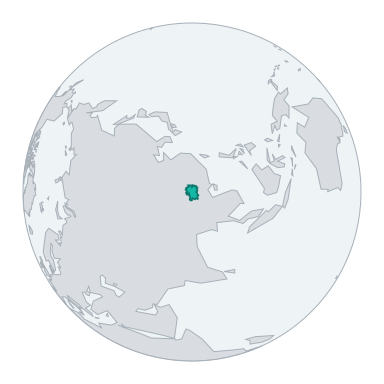 Guizhou highlighted on a globe, orthographic projection, rotated 277°
{"feature_id": "CHN-1153", "entity_name": "Guizhou", "entity_type": "Province", "adm_level": 1, "iso_a3": "CHN", "parent_name": "China", "parent_adm1": "", "projection": "orthographic", "projection_center": [106.929, 26.939], "detail": "fine", "context": "on_globe", "style": "filled", "palette": "teal", "viewbox_px": 384, "rotation_deg": 277, "n_neighbors": 0, "source": "natural_earth", "source_scale": "10m", "svg_char_len": 14771}
<svg xmlns="http://www.w3.org/2000/svg" viewBox="0 0 384 384"><g transform="rotate(277 192 192)"><circle cx="192" cy="192" r="169" fill="#eef3f6" stroke="#a8b0b8"/><path d="M347.3,255.1L347.0,256.1L346.9,256.3L347.3,255.1ZM277.4,46.2L277.5,46.3L278.7,47.1L270.0,44.5L271.0,50.2L276.9,55.0L271.3,52.0L286.2,63.7L290.3,70.9L282.2,61.0L278.7,58.8L279.8,62.6L276.5,61.2L275.1,62.4L271.0,60.6L266.6,55.5L263.9,54.4L264.8,57.2L261.3,57.5L260.4,53.5L254.2,53.8L245.7,46.5L246.4,39.1L238.3,35.4L230.0,29.1L227.4,28.9L222.5,27.1L217.7,26.4L217.5,25.9L213.8,25.8L214.9,26.5L213.6,26.8L210.8,26.5L210.1,25.7L211.4,25.7L209.8,25.3L210.6,25.1L208.6,25.1L208.1,24.4L204.5,24.9L200.7,24.1L201.5,23.8L206.8,24.1L220.1,25.4L232.1,27.9L243.9,31.2L255.4,35.4L266.6,40.4L277.4,46.2ZM350.5,133.9L349.2,130.8L349.6,131.3L350.5,133.9ZM348.7,130.0L349.1,130.8L348.8,130.3L348.7,130.0ZM348.7,130.2L348.8,130.6L348.7,130.2ZM348.8,131.1L348.7,130.5L348.8,130.7L348.8,131.1ZM348.5,131.4L348.3,131.4L348.1,130.5L348.5,131.4ZM280.2,47.9L279.8,47.8L277.8,46.5L280.2,47.9ZM278.5,47.9L276.6,46.6L280.0,48.2L280.0,48.4L278.5,47.9ZM281.9,59.0L280.9,57.1L283.0,59.5L281.9,59.0ZM275.6,62.9L277.0,64.0L275.7,64.2L275.6,62.9ZM206.3,23.6L205.6,23.6L203.8,23.5L204.1,23.5L206.3,23.6ZM268.3,61.7L265.8,62.0L267.6,60.8L268.3,61.7ZM201.2,23.3L208.5,23.9L210.4,24.1L207.4,24.0L201.2,23.3ZM263.8,61.5L257.9,62.6L260.4,64.9L250.0,59.4L258.5,60.0L260.3,58.1L261.3,60.2L263.8,61.5ZM216.4,26.8L215.1,26.1L218.7,27.0L216.4,26.8ZM219.0,27.3L231.9,30.4L232.4,31.7L228.0,30.2L230.7,32.4L224.5,31.4L221.7,30.0L222.6,29.3L219.6,29.6L219.0,27.3ZM245.3,56.4L243.2,56.1L244.5,55.5L245.3,56.4ZM213.3,27.0L215.9,27.3L216.5,28.4L211.5,27.9L212.9,27.7L213.3,27.0ZM234.4,33.6L233.9,34.5L228.8,33.9L228.0,34.2L224.4,31.5L234.4,33.6ZM211.3,27.3L208.9,27.6L206.1,27.0L210.9,26.7L211.3,27.3ZM218.8,29.0L218.8,29.5L217.1,29.0L218.8,29.0ZM194.8,25.5L197.8,25.6L198.4,26.1L194.8,25.5ZM208.1,27.8L209.1,28.0L209.7,28.3L207.5,28.5L208.1,27.8ZM221.1,31.4L219.1,31.1L222.3,32.5L218.6,32.3L216.9,30.7L216.1,31.3L215.0,31.3L214.8,30.0L221.1,31.4ZM207.1,29.6L203.7,27.8L197.8,27.3L197.2,26.8L206.6,27.7L207.1,29.6ZM211.6,29.9L208.7,29.5L209.3,28.9L211.8,28.8L211.6,29.9ZM216.7,32.9L222.8,33.5L223.0,33.9L216.7,32.9ZM205.2,29.5L206.1,29.9L204.8,29.5L205.2,29.5ZM213.0,31.9L215.2,32.0L215.3,32.4L213.0,31.9ZM206.1,30.9L205.0,30.2L206.6,30.1L206.1,30.9ZM209.2,31.4L208.8,32.0L207.8,30.4L210.1,31.4L209.2,31.4ZM212.8,32.3L213.6,32.6L211.9,32.2L212.8,32.3ZM200.5,32.1L198.9,30.2L202.5,29.7L203.6,31.6L200.5,32.1ZM63.9,81.9L61.5,84.8L58.8,92.8L57.6,95.3L52.5,100.9L46.2,118.6L50.5,115.5L50.1,128.4L53.3,133.5L64.0,122.3L58.8,113.5L63.3,105.8L71.7,107.4L77.0,116.0L78.9,113.3L80.0,103.2L85.8,101.0L80.9,99.5L79.5,103.2L76.5,102.6L77.5,99.3L79.6,98.5L79.2,95.2L69.8,100.6L67.3,105.0L63.7,100.5L59.3,107.5L56.7,108.6L63.2,97.2L66.0,94.4L74.3,80.6L71.0,83.0L62.9,96.4L63.4,94.2L58.8,98.4L62.7,93.5L72.4,79.0L72.2,75.8L63.9,82.0L65.2,80.4L77.4,67.8L81.3,64.4L76.7,70.0L80.5,67.1L88.2,60.3L86.2,62.9L88.7,61.0L87.7,63.2L92.8,61.8L92.7,63.9L101.2,59.5L102.3,60.1L97.0,62.4L93.3,65.4L93.8,71.6L95.8,71.6L101.3,68.4L100.8,70.9L106.0,67.0L109.5,69.6L109.6,63.5L116.0,60.3L121.7,60.1L123.8,58.2L114.6,58.7L111.0,59.9L107.8,62.7L97.8,66.2L96.2,65.0L106.7,57.8L105.6,55.7L114.3,51.6L133.8,51.7L138.6,54.2L132.9,64.9L128.0,65.8L127.7,62.2L122.1,68.4L125.4,66.5L124.9,68.7L131.0,66.9L130.9,68.4L136.8,64.3L137.4,66.0L133.7,68.6L143.2,68.0L146.3,71.4L148.4,70.6L149.9,68.8L152.8,74.6L154.3,73.8L153.9,71.5L156.5,68.6L162.3,65.8L163.1,67.9L161.0,69.2L157.9,75.5L152.5,79.0L153.3,79.7L158.2,77.2L162.1,69.4L165.4,67.2L164.2,70.7L164.9,69.3L166.8,68.9L169.3,70.6L170.8,66.8L190.4,61.1L197.2,64.5L194.0,67.9L208.4,67.9L214.9,72.7L214.5,70.4L221.2,69.6L219.2,68.0L219.5,66.9L235.7,65.1L240.0,66.8L246.5,64.4L246.3,63.4L243.5,62.0L250.0,59.4L260.4,64.9L260.3,66.9L266.8,69.4L265.7,73.8L267.8,78.9L262.8,82.9L264.9,87.0L267.3,87.6L271.9,94.0L273.3,106.0L261.9,93.5L257.7,77.3L258.5,83.4L255.3,81.4L253.7,83.3L254.5,88.0L256.5,88.9L242.2,95.0L238.1,108.0L245.8,107.4L250.5,111.6L252.6,128.3L237.7,150.8L243.9,158.4L244.2,163.4L238.7,166.4L238.1,159.1L232.6,156.4L233.1,152.1L224.1,155.2L224.4,149.2L217.2,155.0L219.8,159.9L227.7,159.0L221.3,167.1L229.2,175.8L229.9,186.0L216.3,203.4L202.6,208.2L201.7,211.3L196.4,207.4L189.1,213.1L198.9,231.4L198.6,236.4L186.8,245.1L186.6,241.4L172.5,231.0L169.6,242.7L180.4,253.5L184.0,265.0L175.7,260.8L172.0,250.6L167.0,246.6L168.5,236.4L164.6,220.3L156.2,222.1L157.0,215.9L150.3,201.7L138.4,203.8L119.2,216.6L116.4,232.0L109.9,237.2L102.6,211.9L103.3,196.0L98.2,195.8L92.8,179.9L76.2,171.3L76.1,166.7L72.5,166.8L69.0,160.0L69.7,152.6L66.6,150.9L65.4,170.7L69.0,172.6L75.1,168.6L73.8,174.9L77.5,183.0L65.4,192.7L44.5,192.4L46.3,180.3L50.0,141.7L52.0,138.8L52.1,138.4L52.4,137.6L48.9,141.9L50.8,134.8L44.7,159.8L42.1,169.4L44.2,192.9L43.0,194.0L44.9,199.7L55.3,202.7L54.5,206.4L47.3,220.0L36.2,233.2L39.8,250.2L42.8,262.7L40.7,265.1L45.8,275.8L45.4,276.0L48.0,280.5L42.2,270.2L37.1,259.5L32.8,248.5L29.2,237.2L26.4,225.7L24.5,214.0L23.4,202.2L23.0,190.4L23.6,178.6L24.9,166.8L27.1,155.2L30.1,143.7L33.9,132.5L38.4,121.6L43.7,111.0L49.7,100.8L56.5,91.1L63.9,81.9ZM78.8,132.5L84.5,137.6L88.6,127.4L91.2,128.7L91.6,125.0L88.9,126.7L91.0,117.0L95.9,116.8L98.7,113.0L96.9,111.1L87.6,113.3L84.4,126.9L80.3,129.1L78.8,132.5ZM104.1,50.3L101.5,52.2L98.7,53.6L98.9,52.2L103.0,50.1L104.1,50.3ZM98.6,54.9L109.0,48.8L109.3,49.8L107.4,50.2L106.5,51.5L103.2,52.5L93.3,59.9L90.2,61.7L92.1,57.4L93.2,57.6L95.7,55.5L98.6,54.9ZM135.0,35.5L139.5,34.0L134.4,38.0L130.8,39.0L130.7,37.3L134.9,35.2L135.0,35.5ZM194.4,23.6L196.5,23.5L195.1,23.8L194.4,23.6ZM186.8,23.1L194.2,23.1L198.9,23.2L193.1,23.2L191.5,23.5L192.3,23.7L197.9,24.5L207.2,25.4L207.2,26.2L204.7,26.6L202.4,26.5L203.2,25.9L199.6,26.3L199.0,25.3L196.2,25.5L185.6,24.2L187.4,23.9L179.1,24.0L180.6,23.5L186.0,23.4L180.9,23.4L186.4,23.1L184.7,23.2L186.8,23.1ZM175.1,36.6L176.9,34.9L169.7,37.5L169.0,35.7L168.2,36.1L165.6,35.4L161.0,35.3L161.5,34.4L159.5,34.8L157.7,34.4L155.1,34.7L155.1,33.4L152.0,33.8L153.7,33.0L148.3,34.0L152.3,32.8L150.4,32.5L147.5,33.9L153.5,28.4L152.9,27.8L150.3,28.3L157.5,26.6L164.6,25.4L170.6,25.1L170.1,26.2L173.4,25.5L174.2,25.9L171.2,26.3L176.2,26.0L176.1,26.5L181.4,27.6L188.8,27.4L190.9,28.0L187.9,28.4L192.1,28.8L188.0,30.0L189.4,30.5L186.8,32.5L180.3,33.2L182.4,33.8L180.5,35.6L175.1,36.6ZM199.6,32.6L191.9,33.4L187.8,33.0L194.1,29.8L193.4,29.2L197.3,27.6L203.2,28.4L201.5,28.7L201.3,29.2L199.5,28.8L200.8,29.6L198.5,30.1L198.9,31.0L196.3,30.9L199.6,32.6ZM59.5,94.4L59.1,95.8L59.3,97.3L56.5,100.2L59.5,94.4ZM65.9,84.5L66.0,85.0L62.1,89.3L62.5,88.1L65.9,84.5ZM69.5,81.9L66.4,84.7L68.3,82.5L69.5,81.9ZM97.5,62.9L98.1,63.6L96.8,64.5L95.0,65.2L97.5,62.9ZM153.4,45.4L155.1,44.1L156.1,44.2L161.8,42.3L162.8,43.7L159.7,45.3L153.4,45.4ZM61.2,123.0L58.3,124.0L58.7,121.9L59.6,122.0L61.2,123.0ZM55.8,111.4L55.4,115.7L55.0,112.2L55.8,111.4ZM155.4,46.6L157.7,45.6L156.8,46.9L155.4,46.6ZM163.8,44.6L163.3,46.0L163.6,43.6L163.8,44.6ZM123.3,344.9L126.8,346.6L124.5,345.9L123.3,344.9ZM56.1,272.4L59.5,290.4L55.7,287.2L51.6,280.0L48.1,268.0L51.5,267.9L52.3,263.4L56.1,272.4ZM226.8,290.8L231.8,291.3L231.6,291.9L226.8,290.8ZM221.5,288.7L227.3,288.8L220.4,290.1L221.5,288.7ZM229.5,288.8L235.5,287.3L238.0,286.1L237.6,287.5L229.5,288.8ZM217.5,288.8L195.9,288.2L187.4,285.9L189.4,283.6L203.2,284.8L217.5,288.8ZM188.7,283.5L175.7,275.5L158.1,252.2L164.4,253.4L182.9,268.2L181.7,270.3L189.6,276.5L188.7,283.5ZM220.3,271.4L219.0,277.9L207.1,277.2L201.7,276.0L198.0,267.4L200.1,263.1L204.5,263.4L221.7,248.6L227.7,252.3L222.4,258.7L227.3,264.5L220.3,271.4ZM117.0,233.6L120.3,243.8L116.8,244.4L117.0,233.6ZM228.7,237.8L221.7,244.6L228.1,235.5L228.7,237.8ZM232.5,229.2L232.9,232.6L230.1,229.3L232.5,229.2ZM201.5,216.1L196.8,216.7L196.7,214.2L202.7,212.0L201.5,216.1ZM230.4,194.6L230.3,202.1L229.4,204.6L227.3,200.1L230.4,194.6ZM166.8,59.9L157.8,60.7L151.9,62.9L149.6,66.3L149.0,62.1L158.1,58.8L166.8,59.9ZM187.4,60.6L189.4,58.1L191.1,59.3L190.9,60.0L187.4,60.6ZM186.7,59.0L184.3,55.9L187.1,54.6L188.5,57.3L186.7,59.0ZM169.5,50.4L166.8,50.4L167.6,49.3L169.5,50.4ZM269.3,338.8L270.5,336.1L276.4,334.0L272.8,337.2L269.3,338.8ZM316.7,306.0L319.4,302.8L317.7,304.9L316.7,306.0ZM251.5,330.1L218.6,340.0L211.7,339.3L214.1,336.3L208.9,326.6L211.3,326.8L210.5,319.8L230.3,312.7L244.7,299.3L255.0,299.1L263.2,288.9L273.6,288.1L270.1,295.9L280.3,298.8L288.6,281.1L293.6,296.8L300.1,300.5L300.4,309.3L283.6,327.9L275.3,332.8L274.3,332.1L270.6,334.2L265.9,334.9L264.4,331.1L260.8,333.1L264.8,329.0L259.3,333.0L257.4,330.5L251.5,330.1ZM325.2,282.8L326.4,282.6L327.8,284.1L325.9,284.8L325.2,282.8ZM344.2,261.1L344.4,261.9L343.3,263.3L344.2,261.1ZM346.9,256.3L345.7,258.2L347.3,255.1L346.9,256.3ZM333.1,269.7L333.6,270.4L333.0,271.1L333.1,269.7ZM332.7,269.7L333.6,267.6L333.3,269.3L332.7,269.7ZM327.6,263.6L328.4,262.4L328.7,262.9L327.6,263.6ZM239.3,291.0L246.5,285.7L250.3,285.0L239.3,291.0ZM326.5,262.2L324.5,262.9L324.8,261.9L326.5,262.2ZM326.8,259.9L326.7,258.7L327.7,261.3L326.8,259.9ZM323.0,258.5L325.4,259.9L322.7,258.9L323.0,258.5ZM321.5,259.4L319.7,259.0L319.8,258.6L321.5,259.4ZM300.0,267.8L306.9,274.0L301.1,275.4L294.7,271.9L289.3,277.8L277.3,279.2L280.2,275.8L278.6,271.5L266.0,271.4L263.5,268.7L268.0,266.1L259.6,264.6L268.8,262.2L272.6,268.0L277.7,262.4L286.6,262.2L295.0,262.6L301.6,265.7L300.0,267.8ZM268.7,275.8L270.3,275.6L268.9,277.6L268.7,275.8ZM316.2,256.9L318.9,259.0L318.5,259.8L317.2,259.8L316.2,256.9ZM303.2,264.2L310.3,257.3L312.0,256.9L307.2,263.9L303.2,264.2ZM308.7,254.5L311.9,254.3L313.6,256.6L312.9,257.6L308.7,254.5ZM249.9,272.0L249.5,273.8L247.1,272.6L249.9,272.0ZM253.0,270.7L260.3,272.0L252.4,272.3L253.0,270.7ZM230.7,265.9L232.9,270.0L239.7,267.0L234.5,271.0L239.1,277.5L237.5,280.1L233.0,273.1L231.3,280.6L228.2,280.5L226.6,274.2L229.7,266.2L232.7,262.8L245.1,260.9L230.7,265.9ZM253.0,265.7L251.1,261.0L252.5,257.7L254.6,260.1L253.0,265.7ZM245.3,249.6L240.0,244.1L235.4,246.5L244.8,238.0L248.3,244.7L245.3,249.6ZM240.8,237.1L236.4,239.3L240.9,234.4L240.8,237.1ZM235.2,237.4L234.7,233.3L238.2,233.8L235.2,237.4ZM243.0,237.2L243.8,230.2L245.6,234.2L243.0,237.2ZM233.0,224.2L240.6,230.7L230.9,228.1L230.2,214.7L234.3,214.3L233.0,224.2ZM254.5,168.5L253.4,164.6L257.0,163.5L256.8,166.4L254.5,168.5ZM267.9,157.6L257.6,162.0L249.2,166.0L251.9,167.7L250.3,174.4L246.0,168.4L251.7,160.9L258.1,159.1L258.8,153.5L263.3,149.5L261.8,142.8L263.7,139.8L267.0,145.5L267.9,157.6ZM260.9,140.1L259.9,128.4L267.0,129.5L268.8,132.3L266.3,137.1L262.7,136.2L260.9,140.1ZM261.8,126.0L258.3,125.1L249.6,108.8L249.5,105.8L259.9,118.1L257.1,118.0L258.0,122.0L261.8,126.0ZM244.0,57.2L243.2,56.2L245.1,57.0L244.0,57.2ZM218.3,66.1L219.0,64.7L221.1,65.5L218.3,66.1ZM222.2,61.6L219.3,61.6L222.1,60.7L222.2,61.6ZM212.9,61.9L218.0,61.1L213.5,63.2L212.9,61.9Z" fill="#d9dde1" stroke="#a8b0b8" stroke-width="1"/><path d="M193.5,185.2L193.6,185.3L193.8,185.4L193.9,185.5L194.2,185.5L194.2,185.8L194.3,185.9L194.4,186.0L194.5,185.9L194.9,185.7L195.2,185.7L195.5,185.7L195.5,185.8L195.6,186.1L195.6,186.3L195.7,186.5L195.6,186.8L195.8,186.9L196.0,187.0L196.2,186.9L196.3,187.1L196.3,187.6L196.4,187.9L196.5,187.9L196.5,187.7L196.4,187.5L196.5,187.5L196.6,187.4L196.8,187.6L196.7,188.1L196.8,188.2L197.0,188.2L197.4,188.2L197.6,188.3L197.6,188.2L197.7,187.9L197.8,187.5L197.9,187.4L198.0,187.3L198.0,187.5L198.1,187.9L198.3,188.0L198.2,188.6L198.3,188.6L198.2,188.8L198.3,189.0L198.2,189.1L198.3,189.3L198.3,189.5L198.5,189.6L198.6,189.8L198.6,190.0L198.2,190.3L198.1,190.5L197.9,190.5L197.7,190.7L197.5,191.0L197.3,191.0L197.2,191.2L197.1,191.4L197.1,191.5L196.9,191.5L197.0,191.6L197.2,191.8L197.3,191.7L197.7,191.4L197.8,191.4L197.7,191.5L197.8,191.5L198.0,191.3L198.3,191.3L198.6,191.4L198.6,191.5L198.8,191.6L198.8,191.9L198.7,191.9L198.6,192.1L198.8,192.1L198.5,192.5L198.2,192.6L198.3,192.7L198.4,192.8L198.5,192.9L198.5,193.1L198.3,193.4L198.2,193.7L198.3,193.8L198.6,193.9L198.5,194.0L198.6,194.4L198.7,194.6L198.5,194.8L198.5,195.0L198.4,195.1L198.3,195.5L198.2,195.5L198.1,195.4L197.9,195.3L197.9,195.5L197.8,195.4L197.7,195.3L197.3,195.4L197.1,195.6L197.2,195.8L197.4,195.6L197.6,195.5L197.6,195.9L197.6,196.1L197.3,196.1L196.9,196.1L196.9,195.9L196.7,195.9L196.6,196.0L196.4,196.3L196.4,196.5L196.5,196.6L196.5,196.8L196.4,196.7L196.2,196.4L196.0,196.2L195.8,196.2L195.6,196.1L195.4,196.3L195.2,196.5L195.2,196.9L195.1,197.0L194.7,197.1L194.5,197.3L194.3,197.3L194.2,197.1L193.9,196.9L193.7,196.9L193.6,197.1L193.4,197.0L193.5,196.9L193.3,196.8L193.3,196.7L193.2,196.6L193.0,196.4L192.8,196.1L192.6,196.2L192.4,196.2L192.2,196.2L192.2,196.4L192.1,196.5L192.2,196.9L192.2,197.0L191.9,197.0L191.6,197.2L191.3,197.2L191.1,197.4L190.9,197.5L190.7,197.6L190.3,197.8L190.1,197.8L189.9,197.8L190.0,198.1L190.0,198.4L189.7,198.6L189.6,198.8L189.5,198.7L189.3,198.5L189.2,198.5L188.9,198.5L188.8,198.4L188.6,198.3L188.4,198.3L188.2,198.2L188.0,197.9L187.9,197.8L187.7,197.9L187.4,197.7L187.1,197.8L187.0,198.0L186.9,198.3L186.5,198.4L186.4,198.6L186.2,198.6L186.1,198.8L186.0,198.7L185.8,198.6L185.7,198.5L185.6,198.4L185.6,198.2L186.0,197.7L186.0,197.4L186.1,197.2L186.3,197.0L186.3,196.9L186.0,196.8L185.8,196.6L185.7,196.5L185.7,196.2L185.4,196.2L185.1,195.8L185.0,195.7L185.0,195.4L185.3,195.4L185.4,195.1L185.3,194.9L185.5,194.8L185.6,194.6L185.6,194.4L185.6,194.2L185.7,193.9L186.0,193.7L185.9,193.4L185.9,193.2L185.7,193.0L185.5,192.9L185.5,192.7L185.4,192.6L185.2,192.8L184.9,192.8L184.7,192.8L184.4,193.1L184.0,193.1L183.8,193.1L183.7,193.0L183.7,192.8L183.7,192.6L183.5,192.3L183.6,192.1L183.7,191.8L183.6,191.7L183.4,191.7L183.5,191.3L184.0,190.8L184.1,190.6L184.3,190.6L184.5,190.7L184.7,190.8L184.8,190.9L185.0,190.9L185.0,190.7L185.2,190.4L185.3,190.4L185.5,190.7L185.7,190.8L185.9,190.8L186.1,190.8L186.3,190.8L186.5,190.9L186.8,190.8L186.9,190.7L187.0,190.6L187.3,190.6L187.5,190.6L187.5,190.3L187.6,190.2L187.7,189.9L187.7,189.7L187.8,189.6L188.2,189.5L188.3,189.5L188.5,189.7L188.6,189.8L188.8,189.8L188.9,189.7L189.2,189.7L189.3,189.6L189.7,189.6L189.8,189.5L190.0,189.5L190.3,189.5L190.5,189.4L190.4,189.1L190.4,188.9L190.1,188.7L190.1,188.4L189.9,188.3L189.6,188.4L189.3,188.4L189.3,188.2L189.2,188.1L188.8,188.0L188.7,187.9L188.7,187.6L188.6,187.4L188.8,187.1L189.0,187.1L189.3,187.1L189.4,186.8L189.5,186.6L189.8,186.9L190.0,187.0L190.3,187.3L190.4,187.5L190.6,187.3L190.6,187.2L190.8,187.3L190.8,187.1L190.9,186.8L190.8,186.5L190.8,186.4L191.1,186.6L191.2,187.0L191.0,187.3L191.3,187.4L191.5,187.4L191.5,187.2L191.8,187.0L191.8,186.9L191.8,186.7L192.0,186.5L192.2,186.3L192.5,186.2L192.6,186.3L192.8,186.5L193.0,186.5L193.3,186.3L193.4,186.2L193.5,186.0L193.5,185.9L193.4,185.9L193.3,185.7L193.3,185.3L193.4,185.2L193.5,185.2Z" fill="#14b8a6" stroke="#0f766e" stroke-width="1.5"/></g></svg>